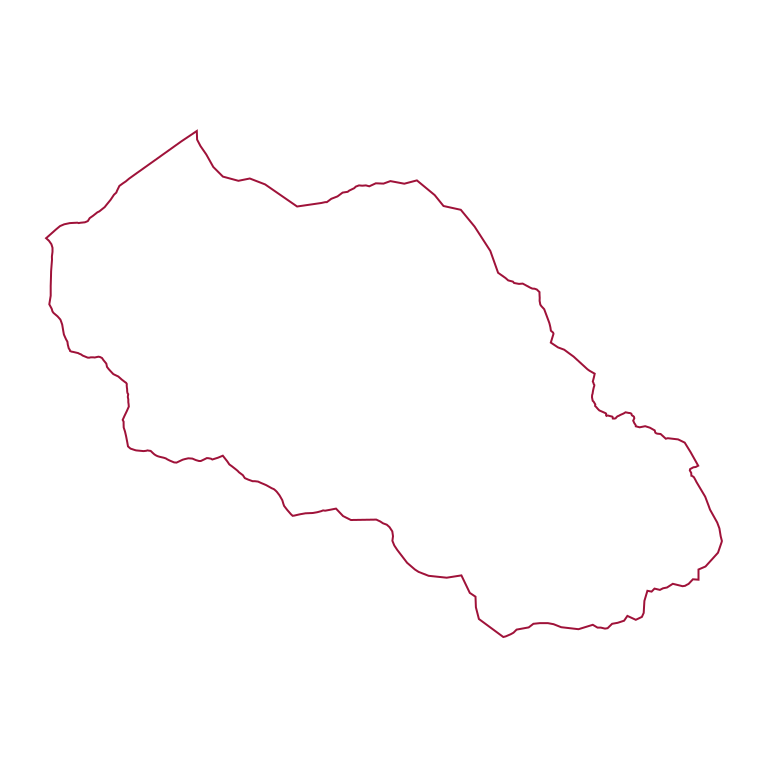 outline of Avram Iancu, Alba, Romania
{"feature_id": "2599482B52871101223545", "entity_name": "Avram Iancu", "entity_type": "district", "adm_level": 2, "iso_a3": "ROU", "parent_name": "Romania", "parent_adm1": "Alba", "projection": "orthographic", "projection_center": [22.773, 46.378], "detail": "fine", "context": "isolated", "style": "outline", "palette": "rose", "viewbox_px": 768, "rotation_deg": 0, "n_neighbors": 0, "source": "geoboundaries", "source_scale": "gbopen_adm2", "svg_char_len": 5223}
<svg xmlns="http://www.w3.org/2000/svg" viewBox="0 0 768 768"><path d="M698.5,579.7L698.5,577.2L698.5,569.5L705.5,566.5L718.0,552.7L721.5,542.5L721.9,541.0L720.7,536.3L719.4,528.4L717.2,522.5L710.0,509.6L708.6,505.7L705.2,496.7L696.4,481.9L695.6,480.3L693.9,477.2L692.7,476.3L691.5,475.7L691.4,475.7L691.2,472.9L689.8,470.4L690.1,469.1L693.4,467.3L695.7,467.0L698.2,465.7L690.5,452.0L684.7,442.6L678.1,439.4L667.8,438.2L665.8,438.7L660.6,434.0L657.6,433.7L656.4,433.4L655.3,432.6L654.7,430.4L649.9,427.7L645.2,426.2L639.7,427.3L635.8,426.3L635.8,425.6L635.3,424.5L634.4,423.3L634.0,422.4L633.2,420.7L633.7,419.6L634.3,418.3L634.0,416.9L633.5,416.3L632.9,415.9L632.0,415.4L631.7,414.9L631.5,414.0L630.9,413.4L629.7,413.0L629.0,413.0L625.5,412.3L623.6,413.5L620.4,414.9L618.8,415.8L617.5,416.3L616.5,417.2L616.0,417.8L615.6,418.3L614.2,418.6L612.8,418.5L612.7,417.6L612.6,417.0L612.2,416.6L611.4,416.4L610.9,416.3L609.7,416.0L608.6,415.7L607.9,415.5L607.4,415.5L606.5,415.9L606.1,415.4L606.1,414.7L606.1,413.6L605.6,413.2L603.6,412.3L600.2,410.8L599.3,410.4L597.9,409.0L596.7,407.6L595.9,406.7L595.2,406.1L595.1,405.0L595.3,404.4L593.6,401.6L592.7,400.8L592.0,397.3L592.1,395.1L592.6,393.6L592.7,392.8L593.0,390.9L593.4,389.0L593.8,387.3L594.3,385.7L594.3,384.9L593.8,384.2L593.3,382.5L592.8,381.6L594.0,376.9L594.7,373.7L589.6,370.8L587.5,369.3L573.6,356.6L569.2,353.4L564.2,349.7L558.0,347.4L550.8,342.6L553.5,333.8L553.1,332.6L550.9,330.7L550.4,327.4L549.7,324.4L549.3,322.9L547.0,316.7L544.2,309.2L541.4,306.2L540.3,304.6L539.7,301.3L539.6,301.0L539.7,297.7L539.6,296.2L539.5,294.0L539.5,292.1L536.8,289.5L534.5,288.7L532.3,288.6L529.7,287.4L529.2,287.1L522.7,283.6L519.0,283.9L514.1,283.0L512.9,281.6L508.2,280.4L505.5,278.0L498.1,272.8L490.3,250.9L474.6,226.6L460.8,209.8L443.5,206.0L434.7,195.1L416.9,180.4L404.3,183.7L390.4,181.1L383.5,183.6L375.8,183.3L369.3,186.3L365.9,185.4L362.3,185.7L359.0,185.4L355.8,186.6L354.2,188.2L349.2,190.6L347.7,191.8L342.6,192.6L337.5,196.4L331.3,198.8L326.9,202.1L325.4,202.1L321.2,203.0L297.1,206.5L265.1,184.4L249.8,178.5L238.4,180.8L222.9,176.6L213.3,167.0L206.3,154.5L201.4,147.4L200.5,146.1L197.1,139.6L196.8,131.0L181.3,141.4L150.6,163.3L136.8,173.1L129.0,178.7L125.8,181.4L123.1,183.2L119.4,185.9L117.0,190.8L116.3,192.6L114.0,194.7L110.6,199.8L106.1,205.3L104.7,207.1L99.3,211.4L97.4,212.3L93.0,215.8L89.7,218.1L87.8,221.1L84.9,222.3L80.0,222.8L78.8,223.1L77.4,222.7L75.1,222.8L69.8,223.1L64.2,224.3L60.0,226.1L55.8,229.6L46.1,238.2L48.9,240.7L51.4,244.2L52.5,247.8L52.5,251.9L51.9,256.5L52.0,259.9L51.6,264.8L51.1,271.4L51.0,276.1L50.7,286.0L50.7,295.7L49.3,304.3L51.7,308.8L52.5,311.5L53.6,313.0L57.6,316.4L60.4,319.6L61.2,321.7L62.2,324.6L63.3,331.2L63.9,334.5L64.9,336.8L65.9,339.0L66.0,339.2L66.1,339.4L67.0,341.0L67.4,341.7L67.4,341.8L67.6,343.1L67.8,344.7L68.0,345.4L68.3,346.6L68.8,348.5L69.7,349.6L70.0,350.9L71.4,351.6L73.1,351.9L78.2,353.1L79.2,353.7L81.0,354.4L82.7,355.6L84.7,356.4L87.6,357.6L89.2,357.7L90.9,357.3L92.9,357.3L94.7,357.5L96.5,357.1L98.4,356.7L100.0,357.0L102.0,358.0L103.5,360.2L106.3,363.6L107.0,366.9L108.7,369.1L110.4,371.0L113.2,374.0L114.3,374.6L118.3,376.5L121.8,379.6L124.9,382.0L126.1,382.8L126.8,384.0L126.7,385.3L126.9,387.8L127.1,388.9L127.2,391.6L127.5,393.1L128.2,394.2L127.8,397.0L128.3,399.4L128.3,402.2L128.6,404.1L128.8,406.6L126.9,410.9L124.4,416.1L122.7,419.9L123.6,421.7L123.6,423.9L123.7,427.5L125.0,431.5L126.1,436.3L127.2,441.9L128.0,446.4L129.2,447.5L130.5,448.6L134.7,450.0L136.1,450.4L143.5,451.1L146.2,450.8L147.4,450.4L148.5,450.6L149.8,450.8L150.6,450.9L151.2,451.4L152.5,452.7L154.4,454.4L155.8,455.3L157.4,456.1L159.3,456.7L161.4,457.2L163.6,457.7L165.8,458.4L167.2,459.3L169.8,460.6L174.1,462.4L176.5,462.6L182.7,459.7L184.8,459.1L188.3,458.3L192.4,458.6L194.0,459.3L195.9,460.1L199.0,461.0L200.8,461.0L204.6,459.2L206.8,458.1L208.4,458.2L211.0,458.7L212.3,459.5L218.0,457.7L222.8,455.7L227.3,461.4L229.3,464.4L231.8,466.2L235.9,469.4L237.7,470.9L238.9,472.2L242.9,475.2L244.8,478.1L248.2,479.6L250.4,480.4L252.6,481.2L254.9,481.2L258.1,481.6L260.9,482.9L263.8,484.1L266.3,485.2L269.9,487.2L271.5,488.1L272.1,488.4L273.8,489.1L274.2,489.4L275.6,490.6L276.8,491.8L279.5,495.3L282.3,500.2L283.3,503.6L284.1,505.9L287.1,509.8L291.0,514.3L292.0,515.2L292.4,515.6L292.6,515.8L294.2,515.6L298.1,514.7L300.4,514.2L302.7,513.8L305.5,513.3L312.8,513.0L317.3,512.2L321.1,511.2L323.1,510.4L325.1,510.7L330.5,509.7L336.0,508.6L343.1,516.1L350.9,520.0L376.3,519.6L380.3,521.5L383.0,523.3L386.8,524.7L389.5,527.1L392.3,531.4L393.0,536.2L392.4,540.8L394.3,545.5L397.3,550.0L407.1,562.8L414.9,569.5L418.6,571.9L428.6,575.8L446.7,577.7L461.4,575.4L469.8,592.9L475.5,596.7L475.9,607.3L478.9,619.0L503.3,637.0L505.7,636.4L510.8,634.2L513.5,632.7L516.6,629.6L528.7,627.4L533.4,623.8L540.2,623.1L547.7,623.1L553.6,624.2L561.2,627.2L578.5,629.2L592.8,624.8L597.5,627.6L600.8,627.6L605.0,628.6L607.6,628.2L612.1,623.8L617.7,622.8L624.1,620.7L627.4,615.9L635.8,619.8L641.9,616.9L643.7,612.9L644.4,600.9L647.4,590.8L651.6,591.6L654.5,588.6L659.9,589.9L663.0,588.3L667.0,587.5L672.8,583.8L682.6,586.2L685.1,585.8L686.8,584.8L688.6,583.9L692.9,579.3L694.5,579.4L695.9,579.5L698.5,579.7Z" fill="none" stroke="#9f1239" stroke-width="2"/></svg>